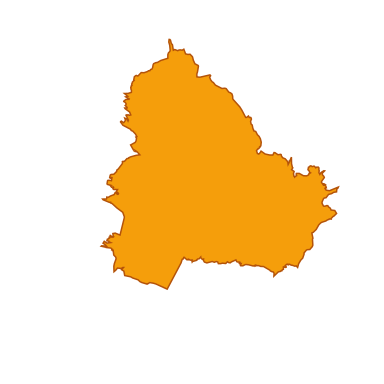 Zapotlán el Grande, Jalisco, Mexico, rotated 47°
{"feature_id": "50627088B58875742455013", "entity_name": "Zapotlán el Grande", "entity_type": "district", "adm_level": 2, "iso_a3": "MEX", "parent_name": "Mexico", "parent_adm1": "Jalisco", "projection": "albers", "projection_center": [-103.511, 19.698], "detail": "fine", "context": "isolated", "style": "filled", "palette": "amber", "viewbox_px": 384, "rotation_deg": 47, "n_neighbors": 0, "source": "geoboundaries", "source_scale": "gbopen_adm2", "svg_char_len": 5995}
<svg xmlns="http://www.w3.org/2000/svg" viewBox="0 0 384 384"><g transform="rotate(47 192 192)"><path d="M288.2,81.6L284.8,90.6L282.2,92.6L280.0,92.3L279.9,91.5L280.5,90.9L279.0,90.1L278.1,90.0L276.7,91.2L276.1,91.1L277.3,90.1L277.5,89.5L276.2,89.8L275.1,90.7L274.3,90.9L273.0,90.6L272.5,89.5L271.7,85.4L270.5,84.9L268.4,84.9L267.1,83.9L267.0,80.6L266.4,81.0L265.9,83.4L265.8,84.7L266.3,86.5L264.5,86.0L263.1,84.4L261.8,83.7L261.1,82.8L259.9,82.7L258.8,83.9L258.7,85.0L256.7,84.9L256.2,85.2L255.4,86.8L254.1,87.1L253.5,87.8L253.7,88.9L253.3,89.9L254.8,92.0L256.8,92.0L257.6,92.6L258.8,92.3L258.4,94.2L258.9,94.8L258.8,95.9L258.3,97.3L256.1,99.4L251.5,100.9L249.6,103.0L249.9,103.6L251.4,104.3L251.1,105.5L251.1,106.8L250.5,106.5L250.0,106.7L247.8,105.3L246.6,103.3L243.6,103.9L243.1,101.8L242.5,101.8L239.2,99.9L234.3,95.5L235.8,99.0L235.7,99.7L236.2,99.6L237.4,102.9L235.7,101.7L234.3,101.3L231.3,101.2L228.9,102.3L226.9,102.1L225.4,101.3L224.9,101.5L223.4,103.7L219.8,104.5L219.1,105.1L220.1,107.7L218.0,109.9L214.1,112.6L209.2,113.6L209.7,115.3L209.8,117.3L208.4,117.9L205.7,116.6L205.4,114.0L205.7,113.9L205.7,113.0L205.5,111.6L205.1,111.6L205.2,110.2L202.8,107.4L199.7,105.7L197.1,105.0L194.7,105.1L191.2,104.1L189.4,105.1L188.0,104.3L187.5,104.4L184.1,102.3L182.5,102.4L181.1,101.5L180.3,101.0L179.2,98.8L177.9,98.2L177.5,98.2L176.6,99.3L174.9,98.9L174.7,101.2L174.1,101.9L166.0,99.7L162.3,99.0L152.5,98.8L151.6,98.6L149.6,96.9L147.5,95.9L145.8,96.2L144.0,97.0L139.7,96.5L138.5,97.2L136.7,99.5L129.8,102.0L126.5,101.7L125.3,102.1L122.8,101.9L120.0,100.8L119.7,99.1L118.6,99.0L113.7,107.5L112.9,108.5L111.1,109.9L108.9,107.9L108.0,106.2L104.4,101.5L103.7,101.2L100.2,102.4L96.6,101.2L93.6,99.5L92.4,99.4L89.9,99.5L88.6,101.2L86.6,102.5L82.0,100.6L81.6,102.4L79.9,103.8L79.1,105.1L79.0,106.0L76.0,107.5L75.6,109.0L71.0,105.9L69.2,105.8L66.3,104.2L65.3,104.2L64.8,104.7L66.5,106.7L69.6,108.3L73.6,111.4L74.1,112.5L74.2,114.4L75.1,116.0L77.7,118.5L74.5,125.2L73.7,128.8L72.7,130.3L72.0,132.5L72.4,133.6L74.2,136.0L74.8,137.7L74.2,138.7L74.5,140.1L73.7,141.1L73.5,142.5L72.0,145.8L70.0,147.7L70.3,152.2L70.2,152.6L68.9,153.1L68.5,153.8L68.4,155.6L70.4,158.3L70.9,158.2L71.0,160.8L71.6,161.4L71.9,162.5L73.1,163.2L73.0,164.3L73.4,164.5L73.8,165.5L75.5,166.7L76.3,166.9L77.8,168.4L76.3,171.5L73.9,174.2L78.2,173.7L77.2,175.6L81.1,174.5L81.2,174.9L79.3,177.2L79.0,179.7L79.3,180.2L81.0,179.7L82.5,180.0L83.1,180.6L83.2,181.9L85.7,181.7L86.2,182.0L86.3,182.3L84.7,183.9L85.4,184.1L90.9,183.1L93.9,184.2L93.3,185.4L91.9,186.1L91.9,186.6L91.1,187.0L90.8,187.9L96.1,189.5L96.5,190.4L94.5,189.8L92.1,190.8L94.2,191.7L94.7,194.5L94.6,194.8L92.0,195.3L91.8,196.1L92.0,196.5L96.1,197.0L104.1,194.2L105.6,194.5L107.1,193.8L110.9,193.8L113.9,194.5L113.5,195.6L114.7,195.8L116.4,197.9L117.0,199.7L115.7,204.8L121.5,206.2L121.9,205.5L124.1,205.0L123.8,205.8L125.4,204.7L129.2,204.8L127.0,208.0L124.5,212.8L123.8,214.9L124.1,215.4L123.2,216.8L123.5,220.5L122.3,221.9L122.3,222.3L123.2,222.8L123.8,223.9L124.9,230.3L124.7,231.9L125.6,233.2L125.7,237.1L124.0,239.2L123.9,240.3L125.4,242.5L126.5,242.1L126.4,241.1L126.9,240.7L128.8,243.2L126.6,244.9L126.1,245.6L126.3,246.3L128.1,248.6L128.8,248.7L131.8,246.8L131.6,247.4L133.7,247.6L134.7,246.1L135.2,246.2L135.6,247.6L136.7,247.6L139.4,244.8L140.1,247.1L142.3,246.7L143.0,246.8L143.3,247.6L142.8,248.2L140.2,248.2L140.0,248.5L140.8,250.7L139.3,254.4L138.8,256.8L137.6,257.8L138.6,258.8L138.8,259.3L136.2,262.2L137.1,262.3L143.2,259.5L144.0,258.5L144.5,259.0L146.0,258.3L152.4,257.8L159.6,256.5L164.0,258.4L164.8,259.3L174.4,274.0L169.7,276.2L168.4,278.2L170.7,279.8L171.3,279.8L171.2,280.7L168.0,281.4L168.1,281.7L169.8,281.9L168.6,283.1L169.4,283.8L169.0,284.2L169.2,285.3L168.8,286.1L169.6,287.5L171.2,286.4L171.7,286.7L173.5,286.0L171.3,289.1L168.2,289.8L168.8,292.0L171.4,291.4L173.3,291.5L169.7,294.8L169.7,295.4L173.2,293.0L173.7,292.0L174.2,292.5L177.4,289.8L178.6,289.3L179.5,290.2L180.1,289.4L180.7,290.0L181.1,289.6L184.7,292.2L187.7,292.2L189.1,293.1L191.4,297.6L192.9,299.7L197.1,303.4L197.2,301.1L196.8,298.4L199.4,296.1L200.0,294.8L200.0,294.1L200.5,293.6L200.7,296.5L203.4,295.8L207.2,298.2L212.2,294.7L214.5,294.0L219.5,291.3L222.0,291.2L223.9,290.5L228.7,287.7L228.5,287.3L229.1,286.6L229.4,284.7L232.3,282.5L234.5,281.2L246.1,276.4L236.4,248.4L234.5,245.0L235.0,244.0L234.2,242.7L234.3,242.3L238.3,241.9L238.5,240.7L239.1,240.8L239.2,240.2L240.6,239.8L241.9,238.3L242.3,239.0L243.3,239.6L243.2,239.0L245.2,235.1L244.8,234.8L244.9,233.5L245.7,232.4L245.5,230.0L246.0,230.4L247.7,230.5L248.5,230.2L248.9,229.3L249.8,230.3L251.7,230.7L254.0,229.5L256.6,224.6L258.6,223.6L259.4,221.7L260.7,220.9L262.4,221.6L263.9,220.0L264.8,218.3L267.3,216.1L267.2,213.7L268.9,213.2L269.9,212.3L270.0,210.8L271.6,206.2L273.3,206.8L274.0,206.6L276.0,204.9L276.1,204.2L276.4,206.1L276.9,206.2L277.9,204.9L278.6,206.6L279.1,206.7L280.7,205.1L281.3,202.8L281.9,201.9L283.9,200.2L287.9,197.7L288.8,195.5L289.3,196.2L289.7,195.2L291.4,193.4L293.3,192.5L295.3,190.5L302.2,188.4L303.2,188.5L305.0,187.8L305.6,187.2L306.4,187.1L307.5,187.5L309.4,189.5L309.3,183.3L310.4,181.5L310.4,180.4L310.9,180.1L310.5,178.9L310.9,177.9L309.1,176.3L309.4,175.7L310.1,175.7L310.4,175.1L311.1,174.9L311.2,174.4L310.6,174.0L309.3,173.9L309.6,171.6L310.9,171.4L310.9,170.4L311.3,170.3L311.5,169.8L313.1,169.4L313.8,168.7L316.5,167.3L317.0,166.2L319.2,166.2L317.2,162.9L316.0,158.9L315.9,156.2L314.0,152.6L313.0,151.6L312.5,147.9L312.9,146.9L314.4,145.1L314.0,141.3L313.3,139.9L308.6,136.0L308.3,135.1L303.7,132.3L304.2,130.7L304.1,126.7L302.5,121.7L302.4,119.2L302.6,117.9L304.5,113.8L304.8,111.8L305.5,110.6L305.3,110.0L306.7,108.7L306.3,108.5L306.1,105.7L306.4,104.8L306.3,100.9L302.9,100.2L300.0,102.6L298.2,101.9L296.1,102.3L294.6,102.0L293.6,103.0L293.4,103.9L292.4,105.2L291.8,105.4L289.0,104.6L288.1,103.8L286.6,100.5L286.6,99.3L287.6,97.9L286.9,93.8L288.4,91.0L288.9,88.5L290.5,86.2L288.6,84.1L288.7,82.7L288.2,81.6Z" fill="#f59e0b" stroke="#b45309" stroke-width="1.5"/></g></svg>